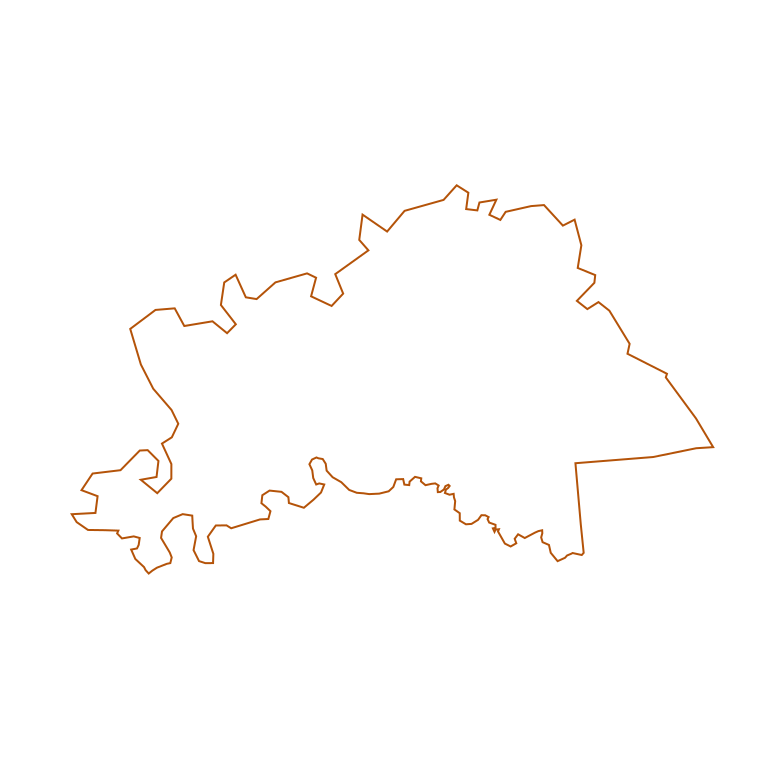 the district of Greene, Alabama, United States of America, rotated 85°
{"feature_id": "52423323B21487028276872", "entity_name": "Greene", "entity_type": "district", "adm_level": 2, "iso_a3": "USA", "parent_name": "United States of America", "parent_adm1": "Alabama", "projection": "equal_earth", "projection_center": [-87.872, 32.837], "detail": "fine", "context": "isolated", "style": "outline", "palette": "amber", "viewbox_px": 768, "rotation_deg": 85, "n_neighbors": 0, "source": "geoboundaries", "source_scale": "gbopen_adm2", "svg_char_len": 2730}
<svg xmlns="http://www.w3.org/2000/svg" viewBox="0 0 768 768"><g transform="rotate(85 384 384)"><path d="M463.4,694.6L470.8,679.1L487.3,682.7L486.5,706.4L494.8,702.2L503.6,691.6L505.3,674.8L506.9,661.4L509.6,662.9L515.0,658.5L514.0,646.6L516.1,640.8L522.9,642.4L526.3,644.4L526.9,650.3L536.6,647.0L545.5,639.0L548.7,637.7L552.3,634.9L549.7,631.0L547.2,626.2L544.2,616.0L543.8,612.5L538.3,610.6L533.2,612.1L517.9,619.5L511.5,618.0L499.2,605.6L496.1,595.9L498.4,586.5L503.9,586.7L511.4,586.9L519.3,584.4L532.9,588.2L544.3,583.7L546.9,577.6L547.5,569.9L538.3,568.8L520.8,572.8L510.3,563.9L511.1,553.2L514.4,548.8L508.1,519.3L508.4,511.0L500.8,508.2L495.8,512.6L492.1,516.5L484.2,514.9L480.2,507.3L482.5,495.5L488.4,489.1L494.3,489.1L500.3,474.6L493.1,464.3L486.6,456.2L478.9,452.3L477.4,457.2L478.2,460.3L471.5,462.7L463.8,463.0L457.4,465.3L453.0,462.3L451.3,457.7L452.3,455.8L453.4,451.6L458.4,449.0L465.3,448.7L472.4,443.3L478.1,435.1L486.5,427.9L490.0,420.6L491.1,413.9L492.4,408.4L492.8,398.3L491.3,388.7L487.4,383.7L480.0,380.2L480.4,373.2L486.0,372.5L486.9,367.7L483.5,367.0L479.2,361.2L481.2,355.1L484.2,355.7L488.4,351.5L487.6,345.3L487.5,341.6L489.9,338.4L492.5,339.8L496.4,339.8L496.5,337.3L494.3,333.5L491.1,331.7L490.0,328.6L491.3,327.5L493.2,329.2L494.6,331.5L497.9,332.8L500.0,328.4L499.5,324.2L503.0,324.2L506.9,323.3L515.1,324.8L519.3,319.8L526.7,320.4L530.9,314.6L531.0,309.0L527.5,302.1L523.2,298.4L523.6,294.6L525.7,291.4L527.6,292.6L531.2,291.3L534.0,285.2L537.0,285.4L537.3,288.1L540.9,286.8L538.8,285.6L538.7,282.2L540.8,283.3L553.5,277.5L556.9,272.0L554.2,266.1L549.6,267.3L545.4,263.5L549.7,257.2L545.2,246.5L544.0,243.0L543.5,239.2L546.5,239.3L550.5,240.8L555.4,239.8L558.7,233.7L566.7,232.6L575.6,226.5L572.9,218.8L570.8,216.6L569.3,211.9L568.8,210.9L571.6,201.9L569.6,199.8L540.8,200.2L479.6,200.2L480.2,122.3L475.2,78.6L475.6,61.6L445.5,76.2L402.0,102.7L398.5,101.2L375.1,138.8L365.4,135.8L330.6,153.1L321.1,163.2L327.1,174.9L318.0,184.6L301.5,165.6L293.9,164.1L285.3,180.9L263.0,175.3L236.9,179.8L241.8,192.0L219.7,209.0L219.6,222.0L223.1,247.8L230.7,253.8L224.6,264.3L210.2,256.0L211.5,273.1L219.2,275.9L216.9,286.9L200.8,283.3L192.4,294.3L205.8,308.6L213.3,348.4L232.4,367.6L213.4,390.6L238.3,396.1L249.5,387.9L270.3,423.0L290.4,416.8L301.7,429.4L290.3,449.0L272.2,442.4L267.1,451.0L273.3,483.3L288.3,503.5L285.6,514.1L262.2,522.3L268.9,534.3L291.1,539.6L311.6,526.4L319.7,535.9L306.6,549.4L308.8,577.9L290.4,585.9L290.3,605.2L307.0,632.0L343.4,624.5L368.6,614.3L391.4,597.9L405.7,592.4L418.6,600.0L424.0,610.4L445.2,602.8L459.8,604.1L473.0,619.4L458.2,634.6L456.8,618.7L441.0,615.4L429.3,625.2L429.0,633.1L446.9,654.0L447.8,682.1L463.4,694.6Z" fill="none" stroke="#b45309" stroke-width="2"/></g></svg>